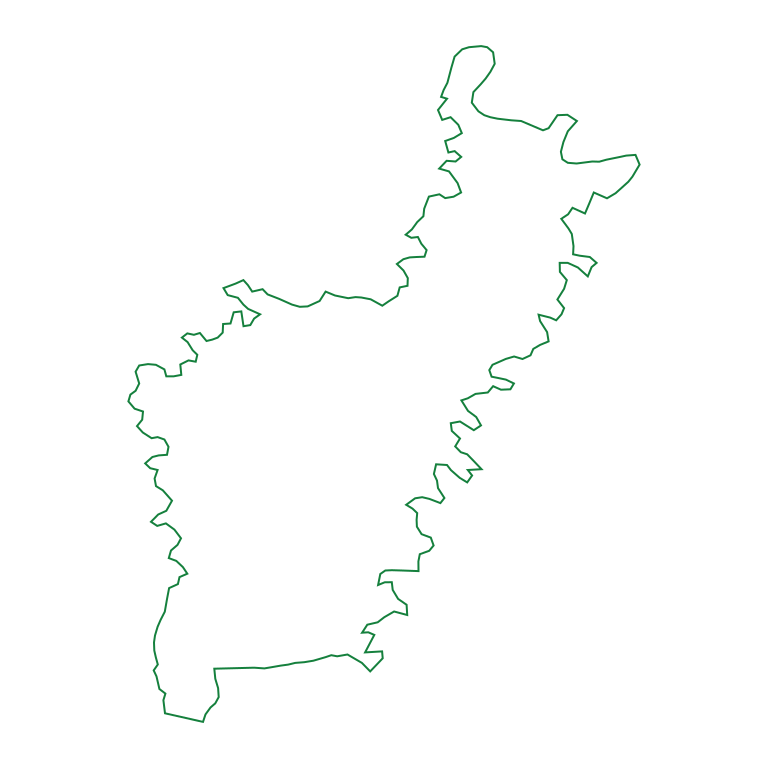 Braganey, Paraná, Brazil
{"feature_id": "56859067B30256508562253", "entity_name": "Braganey", "entity_type": "district", "adm_level": 2, "iso_a3": "BRA", "parent_name": "Brazil", "parent_adm1": "Paraná", "projection": "mercator", "projection_center": [-53.08, -24.789], "detail": "fine", "context": "isolated", "style": "outline", "palette": "green", "viewbox_px": 768, "rotation_deg": 0, "n_neighbors": 0, "source": "geoboundaries", "source_scale": "gbopen_adm2", "svg_char_len": 4023}
<svg xmlns="http://www.w3.org/2000/svg" viewBox="0 0 768 768"><path d="M576.9,121.0L567.4,114.8L557.5,115.2L548.6,128.2L543.0,130.3L521.1,121.0L511.3,120.3L497.6,118.7L490.3,117.2L484.3,115.2L478.4,111.3L471.8,102.7L473.4,92.1L480.6,84.4L485.6,78.6L490.4,71.8L494.7,63.8L493.1,52.3L487.2,47.2L481.2,46.1L469.0,47.2L462.2,49.3L454.6,56.6L451.4,67.6L447.4,82.8L443.6,90.1L441.1,96.9L447.0,98.7L438.0,110.0L442.2,119.9L450.6,117.2L458.3,124.8L461.8,133.1L453.9,137.9L445.2,141.0L448.4,152.5L454.6,151.1L461.2,156.9L455.6,161.5L446.6,160.8L439.2,168.6L449.0,171.4L457.6,183.1L461.1,192.5L453.6,196.7L445.2,198.1L439.4,194.3L428.9,196.6L424.2,208.7L423.4,216.2L417.2,222.1L411.9,229.4L405.7,234.7L411.3,237.8L417.9,237.0L421.3,243.7L426.6,250.1L424.5,256.7L416.6,257.0L409.7,257.4L403.4,259.2L396.9,264.0L403.5,270.5L407.8,278.1L407.5,285.8L399.7,287.4L397.4,295.8L388.7,301.3L382.3,305.7L370.7,299.3L361.3,297.5L355.5,297.1L348.2,298.2L335.0,295.5L325.6,291.6L319.6,301.0L307.7,306.4L299.8,306.8L292.0,304.6L279.2,298.9L267.6,294.4L262.6,289.2L252.2,291.6L247.9,285.1L243.4,280.1L235.6,283.6L223.5,288.1L227.7,295.1L237.9,297.8L243.4,304.6L248.1,308.9L260.1,314.3L254.1,318.6L250.3,325.1L243.5,326.2L241.3,311.4L233.7,312.3L230.5,323.5L223.1,324.0L222.7,332.6L217.7,337.6L212.3,339.6L206.5,341.0L199.9,333.0L193.9,334.8L187.3,333.4L181.9,337.6L187.6,342.1L192.7,350.3L197.3,354.8L195.7,361.7L188.5,360.4L180.3,364.5L181.3,374.9L173.8,376.3L166.3,376.3L164.4,369.4L155.9,364.8L148.0,364.1L139.2,365.5L135.6,371.7L139.2,383.5L135.6,390.8L130.4,394.6L128.4,401.4L134.6,408.7L143.0,411.5L142.2,419.7L137.0,426.1L142.8,432.5L151.6,438.2L157.6,437.1L164.4,439.5L168.5,446.8L167.0,454.8L158.7,455.4L152.4,457.0L145.2,463.4L150.2,468.2L157.6,470.0L154.6,478.5L156.0,486.1L162.8,490.3L172.0,500.7L166.3,510.8L158.2,514.5L151.0,521.8L157.2,525.9L165.9,523.4L174.4,529.6L181.0,538.3L177.5,544.9L171.0,550.5L168.8,558.1L176.3,560.9L182.9,567.1L187.3,573.7L179.5,577.1L177.9,584.1L169.1,588.1L167.0,599.1L164.8,611.7L160.6,619.9L157.6,626.8L155.0,635.5L154.0,642.4L154.3,650.6L155.9,657.6L157.8,664.5L153.7,670.4L156.5,676.4L159.4,689.0L165.4,693.6L163.4,700.2L165.0,713.3L203.0,721.9L205.5,714.4L210.5,707.5L215.3,703.3L218.7,697.1L218.1,688.1L215.3,678.8L214.3,668.7L254.1,667.7L264.4,668.4L271.0,667.3L280.8,665.6L288.2,664.6L295.2,662.9L304.2,662.2L313.4,660.7L325.4,657.2L331.3,655.2L337.2,656.3L347.5,654.5L361.9,662.9L370.2,671.4L376.7,664.6L382.7,658.3L382.1,651.4L365.1,652.4L374.3,634.9L368.3,632.3L362.1,632.7L367.3,624.7L377.7,622.3L384.3,617.2L394.1,611.5L407.2,615.0L406.6,604.8L398.1,598.9L392.7,589.9L391.8,582.2L384.7,582.3L378.1,585.0L380.3,574.0L385.3,570.5L391.8,570.2L401.9,570.5L418.5,571.1L418.4,561.4L419.8,554.2L429.2,550.8L433.6,545.5L430.8,537.6L421.6,534.2L416.9,526.7L416.6,519.9L417.2,513.1L412.5,508.6L406.2,504.8L415.1,498.3L422.2,497.2L429.4,498.9L440.4,503.1L444.4,498.0L438.0,488.1L437.0,480.6L433.9,474.0L436.1,464.3L447.0,465.0L451.0,470.2L459.8,477.9L467.2,482.4L472.1,475.5L467.8,470.0L481.5,469.2L474.3,461.6L467.2,454.3L460.8,452.2L455.2,446.4L460.0,438.5L451.8,430.9L450.8,423.2L460.0,421.5L473.8,430.2L481.0,425.4L476.2,417.0L468.0,410.9L461.4,400.4L467.8,398.3L475.5,393.9L487.8,392.5L493.1,386.2L501.0,389.7L510.4,389.3L513.9,383.5L505.9,379.6L498.2,378.0L491.6,376.7L489.3,370.1L492.5,364.8L505.9,358.9L514.1,356.5L522.5,359.0L530.5,355.3L533.3,348.9L540.1,344.9L548.6,341.4L547.1,332.1L540.1,321.1L538.6,314.7L550.2,317.6L556.2,320.3L561.5,314.3L564.1,308.1L557.4,299.5L564.1,288.8L566.8,280.1L559.9,271.9L559.7,262.9L567.8,262.9L577.9,267.5L587.8,276.4L591.6,267.1L596.6,262.9L589.8,257.0L579.7,255.7L573.1,254.3L573.5,246.1L571.8,234.0L568.5,228.5L561.3,218.8L568.1,214.3L572.5,207.8L585.0,213.5L589.2,203.6L593.8,192.5L607.0,198.3L615.6,193.2L628.3,181.8L632.4,176.7L639.6,164.6L635.5,154.9L626.2,155.6L620.2,156.9L606.4,159.7L599.2,161.7L592.3,161.5L576.6,163.5L567.8,162.8L562.4,159.3L560.9,151.8L563.4,142.1L567.8,131.3L576.9,121.0Z" fill="none" stroke="#15803d" stroke-width="2"/></svg>